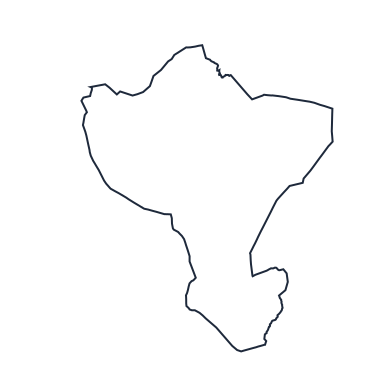 outline of Santo Tomás Ocotepec, Oaxaca, Mexico, rotated 282°
{"feature_id": "50627088B23444844999779", "entity_name": "Santo Tomás Ocotepec", "entity_type": "district", "adm_level": 2, "iso_a3": "MEX", "parent_name": "Mexico", "parent_adm1": "Oaxaca", "projection": "orthographic", "projection_center": [-97.795, 17.12], "detail": "fine", "context": "isolated", "style": "outline", "palette": "slate", "viewbox_px": 384, "rotation_deg": 282, "n_neighbors": 0, "source": "geoboundaries", "source_scale": "gbopen_adm2", "svg_char_len": 3911}
<svg xmlns="http://www.w3.org/2000/svg" viewBox="0 0 384 384"><g transform="rotate(282 192 192)"><path d="M325.8,177.8L328.6,176.3L334.7,173.1L337.7,171.5L336.4,168.1L334.9,164.9L333.2,160.4L332.6,158.2L332.2,156.2L322.4,146.2L317.8,144.5L314.8,141.5L304.9,136.3L297.5,130.2L291.9,129.5L286.8,128.8L279.6,123.4L276.3,118.2L274.0,113.8L275.4,100.8L271.8,98.2L276.9,89.6L279.3,84.7L276.9,78.9L273.6,71.0L273.3,72.4L271.1,72.8L267.6,72.4L264.7,72.4L261.8,66.2L260.3,65.6L258.2,64.9L249.9,71.4L248.2,72.6L244.9,71.1L241.4,71.2L237.0,71.4L234.8,71.4L228.8,75.1L225.1,77.0L216.8,80.7L211.8,83.0L209.8,83.7L206.5,85.4L201.9,88.9L199.9,90.8L197.5,93.0L194.1,96.2L184.9,103.6L182.3,106.3L180.3,109.0L179.3,110.3L178.3,111.7L177.5,114.3L176.8,116.5L175.7,120.3L173.7,126.3L172.8,128.9L171.7,131.5L169.5,137.6L168.1,141.7L166.2,147.2L165.7,148.7L165.7,152.8L165.4,157.3L165.2,161.3L164.6,169.5L165.5,174.4L165.7,175.9L162.2,177.7L156.9,179.0L152.4,180.9L151.4,182.0L150.6,184.8L150.0,186.8L148.8,188.4L146.9,191.3L144.2,194.1L143.3,194.6L142.0,195.4L140.8,196.1L138.8,197.2L136.1,198.8L133.7,200.2L129.6,202.5L128.7,203.0L123.5,204.1L108.9,213.5L106.7,212.2L105.8,211.6L104.7,210.1L102.1,208.6L98.9,208.4L95.5,208.4L92.3,208.2L89.6,207.6L88.3,208.0L85.5,208.7L81.8,209.5L79.3,210.3L78.0,212.5L77.4,213.3L76.6,214.1L76.3,216.4L76.9,219.4L75.4,224.5L73.5,228.1L71.2,231.7L64.5,243.9L49.8,263.4L46.8,269.0L46.3,273.2L47.6,275.6L51.6,283.3L53.2,286.4L53.2,286.5L54.5,288.7L55.3,290.2L55.3,290.3L57.7,294.8L57.8,295.2L60.1,295.4L61.6,295.6L62.6,294.3L63.3,293.3L67.8,292.9L67.9,293.1L68.8,293.5L69.0,293.8L69.4,294.3L70.9,294.1L71.6,294.5L72.7,294.9L73.1,295.0L73.7,295.1L74.2,295.1L74.8,295.1L75.4,295.4L76.0,295.3L76.5,295.9L77.0,296.1L77.5,296.1L77.7,295.9L78.8,295.7L79.3,296.1L80.0,296.6L81.0,296.8L81.9,297.0L82.5,297.2L82.9,297.5L83.0,297.8L83.4,298.6L83.8,299.1L83.9,299.6L84.6,300.4L85.1,300.6L85.5,300.6L85.8,300.6L86.5,301.0L87.2,301.5L87.5,301.7L88.2,301.7L88.8,301.3L89.0,301.3L89.4,301.3L89.6,301.5L91.1,302.6L91.9,303.0L92.5,303.4L92.9,303.6L93.2,303.6L93.8,303.8L94.0,303.9L94.3,304.1L94.6,304.3L95.3,304.4L97.0,304.4L97.2,304.5L97.5,304.7L97.9,304.5L98.8,304.1L99.3,303.9L99.8,303.7L100.1,303.7L100.3,303.7L100.7,303.4L100.9,303.3L101.6,302.8L102.3,302.5L102.7,302.4L103.0,302.5L103.4,302.4L103.8,302.1L104.1,302.0L104.5,301.7L104.9,301.7L105.0,301.7L106.3,300.3L106.5,300.0L107.2,299.7L107.4,299.5L107.8,299.2L108.7,298.9L108.9,298.7L115.4,303.8L124.0,304.4L132.1,301.5L135.4,297.4L133.7,293.9L133.6,293.4L133.8,292.5L135.4,290.3L135.3,288.9L134.5,287.8L134.1,287.2L133.9,286.1L133.8,285.2L132.0,283.0L131.3,282.3L130.5,281.3L124.2,271.2L122.2,268.9L122.4,268.7L122.8,268.5L133.7,264.7L137.5,263.6L142.9,262.2L144.2,261.5L148.7,262.7L151.9,263.5L154.7,264.3L159.2,265.4L161.5,265.9L167.8,267.5L171.4,268.5L176.6,269.9L181.1,271.1L189.3,273.3L193.7,274.4L201.1,276.4L203.3,277.5L210.5,281.7L214.8,284.3L218.2,286.2L221.1,292.3L222.7,295.7L224.0,298.4L228.4,298.4L237.6,303.4L242.2,305.5L251.6,309.7L256.1,311.8L265.2,315.9L267.1,317.1L270.5,319.1L272.1,318.6L275.5,317.6L280.4,316.1L287.5,314.8L297.1,313.0L302.7,312.0L303.6,303.7L303.9,299.1L304.7,293.1L304.8,288.3L304.6,284.9L304.2,276.8L303.7,268.9L304.2,264.7L304.2,263.6L303.8,256.9L303.2,250.6L302.9,249.5L302.5,246.4L302.3,244.5L302.1,242.2L301.0,241.0L299.2,238.1L295.1,231.5L299.1,225.8L314.4,205.6L314.1,205.0L313.4,204.5L313.5,203.8L314.0,203.3L313.8,201.9L313.5,201.5L313.5,200.5L312.1,199.9L311.2,198.5L310.4,198.3L310.2,197.6L310.5,197.3L310.8,196.8L311.3,196.6L311.6,196.4L312.2,196.1L312.5,195.5L312.1,194.3L312.9,193.9L313.9,194.6L314.7,194.0L315.8,193.5L316.8,193.4L316.0,192.7L316.0,191.4L316.7,191.3L317.1,191.4L318.0,190.9L318.9,190.9L319.7,191.1L321.1,191.2L322.0,190.4L322.2,190.0L322.4,189.6L322.9,187.1L323.3,186.8L323.4,186.5L323.9,183.9L324.4,182.9L325.1,182.2L325.8,177.8Z" fill="none" stroke="#1e293b" stroke-width="2"/></g></svg>